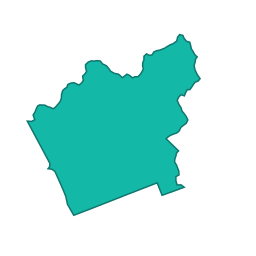 Sertão Santana, Rio Grande do Sul, Brazil (Natural Earth projection), rotated 158°
{"feature_id": "56859067B44643679960185", "entity_name": "Sertão Santana", "entity_type": "district", "adm_level": 2, "iso_a3": "BRA", "parent_name": "Brazil", "parent_adm1": "Rio Grande do Sul", "projection": "natural_earth1", "projection_center": [-51.66, -30.464], "detail": "fine", "context": "isolated", "style": "filled", "palette": "teal", "viewbox_px": 256, "rotation_deg": 158, "n_neighbors": 0, "source": "geoboundaries", "source_scale": "gbopen_adm2", "svg_char_len": 1778}
<svg xmlns="http://www.w3.org/2000/svg" viewBox="0 0 256 256"><g transform="rotate(158 128 128)"><path d="M37.2,167.9L38.7,171.4L39.0,174.6L39.6,177.6L38.9,181.7L38.6,184.4L41.3,186.5L42.4,190.1L42.4,193.2L45.1,195.3L47.9,193.7L50.3,190.4L54.5,189.3L57.8,189.3L60.8,188.9L63.7,188.3L66.3,188.3L69.3,188.3L72.2,188.9L75.4,188.9L78.2,186.8L81.1,187.4L83.0,189.8L86.3,188.6L87.7,185.2L89.8,183.1L91.2,180.2L91.6,177.2L93.4,175.4L96.1,173.4L99.6,171.8L102.4,173.0L104.9,172.7L106.9,176.2L108.8,178.3L111.1,177.7L114.3,176.7L116.6,181.4L120.2,183.8L122.9,187.2L123.4,189.9L124.7,193.8L127.7,197.1L128.5,200.4L131.5,202.1L134.3,202.7L136.7,204.0L140.3,204.0L143.7,202.6L144.9,199.4L145.1,196.1L147.9,194.1L150.6,193.2L151.6,188.8L154.2,187.1L157.6,186.2L159.2,188.3L161.4,190.4L164.8,191.1L167.6,190.9L169.5,188.6L171.9,188.2L174.6,187.1L177.0,184.1L178.7,180.5L180.8,178.1L183.6,176.5L187.3,174.6L190.0,173.8L192.3,176.2L194.4,177.8L196.7,180.5L198.9,181.4L201.2,182.5L203.5,182.3L205.6,180.4L208.3,177.6L211.1,175.6L211.4,170.6L214.9,170.2L218.8,172.1L213.7,124.6L215.1,121.5L217.4,120.2L214.1,118.4L212.0,115.1L211.3,95.7L211.3,87.8L212.7,80.0L211.0,67.4L201.2,67.2L169.7,66.8L154.2,66.7L121.5,66.2L121.6,52.8L98.1,52.0L100.1,55.4L103.8,56.8L103.3,61.3L101.8,65.0L98.3,65.4L97.0,69.2L97.0,72.3L96.9,75.3L97.5,79.1L96.2,81.6L94.4,83.7L92.2,86.8L89.7,87.8L96.7,103.7L94.0,104.8L91.2,105.3L87.8,105.3L84.6,105.1L81.6,106.1L78.7,108.8L76.3,109.5L72.3,110.5L69.5,113.0L69.7,116.7L70.7,120.9L71.6,123.5L71.2,126.8L71.9,130.4L72.1,135.1L69.5,137.6L66.4,139.0L63.7,136.7L61.2,139.3L58.6,141.3L56.2,140.4L53.4,142.2L51.0,143.9L48.5,145.4L45.5,145.2L42.7,146.7L43.8,151.8L44.1,156.9L43.3,161.2L41.2,163.8L39.4,166.8L37.2,167.9Z" fill="#14b8a6" stroke="#0f766e" stroke-width="1.5"/></g></svg>